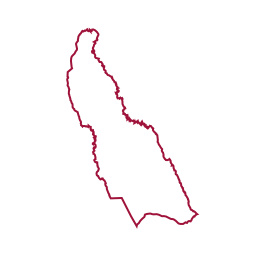 outline of Flores de Goiás, Goiás, Brazil, rotated 349°
{"feature_id": "56859067B75691575260014", "entity_name": "Flores de Goiás", "entity_type": "district", "adm_level": 2, "iso_a3": "BRA", "parent_name": "Brazil", "parent_adm1": "Goiás", "projection": "equal_earth", "projection_center": [-46.897, -14.586], "detail": "fine", "context": "isolated", "style": "outline", "palette": "rose", "viewbox_px": 256, "rotation_deg": 349, "n_neighbors": 0, "source": "geoboundaries", "source_scale": "gbopen_adm2", "svg_char_len": 5835}
<svg xmlns="http://www.w3.org/2000/svg" viewBox="0 0 256 256"><g transform="rotate(349 128 128)"><path d="M179.5,225.8L178.6,224.7L177.9,223.4L176.6,222.1L176.1,222.2L175.3,220.9L174.2,220.2L174.0,219.6L173.9,218.3L172.9,215.2L173.0,212.7L173.5,212.2L173.5,210.2L173.2,209.7L173.3,208.8L172.3,205.9L171.6,204.8L171.8,204.0L171.8,202.5L171.2,202.4L170.9,201.8L171.2,201.2L170.3,200.4L170.4,198.8L170.2,198.1L170.5,197.5L169.8,196.9L169.8,196.0L169.4,195.5L169.2,194.7L169.4,193.2L169.2,192.1L168.6,191.9L168.3,190.9L168.6,189.9L168.3,189.0L168.4,188.3L167.9,187.5L167.8,186.0L167.1,183.4L166.1,182.5L166.1,181.9L166.7,179.6L166.2,178.7L165.4,178.5L165.3,176.9L165.1,176.2L165.4,174.1L165.0,173.1L163.9,173.2L164.2,172.6L164.0,171.5L163.6,170.8L163.3,169.5L163.6,168.6L163.2,167.2L162.7,166.3L161.9,166.9L160.3,167.0L159.0,166.6L158.7,165.7L158.2,165.4L158.0,164.5L157.5,163.5L157.4,162.1L157.8,161.4L157.7,158.8L157.3,158.4L156.8,156.8L157.5,155.3L156.5,153.6L155.7,151.2L155.1,150.1L154.8,148.0L154.4,147.3L155.0,145.5L155.4,140.6L154.8,140.0L154.7,139.0L154.1,139.0L153.7,137.6L152.7,136.4L152.1,134.8L152.4,133.7L152.7,133.3L152.4,132.8L151.9,132.7L151.0,130.6L149.9,130.0L149.5,130.6L148.8,130.9L148.1,130.8L148.0,131.7L147.3,132.2L146.7,131.6L147.0,130.3L146.3,129.9L145.9,130.5L145.2,130.0L144.9,129.2L145.4,129.2L145.8,128.5L145.2,128.3L145.0,127.4L144.4,127.8L144.3,127.1L144.0,126.6L143.6,126.4L143.1,126.7L143.3,125.9L143.0,124.3L141.7,125.5L141.1,127.1L139.1,123.9L139.0,122.9L138.4,123.3L138.4,123.9L138.2,124.5L137.7,123.9L137.5,123.3L136.6,123.2L135.7,123.7L134.9,122.1L134.6,122.5L132.8,121.2L132.0,121.6L131.9,120.7L131.4,120.6L130.9,121.0L130.9,120.4L131.7,119.8L131.3,119.0L131.1,119.6L130.4,119.3L129.8,119.5L129.7,118.6L129.3,118.9L129.6,117.9L129.2,117.2L128.5,117.6L128.4,117.0L129.9,116.2L129.9,115.4L129.2,115.7L129.0,115.0L128.4,114.7L127.9,114.8L127.7,113.6L126.1,113.3L126.2,112.6L126.7,112.2L126.2,110.3L126.8,109.4L127.9,109.1L128.2,107.9L129.0,108.0L128.9,107.3L127.8,106.0L127.2,103.4L127.4,102.0L127.6,101.4L127.6,98.7L128.2,98.4L127.9,97.4L126.7,97.6L126.3,96.8L125.2,97.6L124.8,96.9L123.5,96.9L123.2,95.5L123.7,94.3L123.7,93.4L123.4,91.6L123.5,90.8L124.8,90.1L125.4,89.9L125.4,90.6L125.8,90.4L126.0,89.7L125.4,89.0L125.1,88.3L124.7,88.3L124.5,87.7L124.8,87.0L125.9,86.8L125.2,86.1L125.4,85.3L124.9,84.9L124.6,84.4L124.4,82.8L124.9,82.7L124.6,80.8L123.5,80.5L123.3,79.1L122.3,77.6L122.3,77.0L121.8,76.1L122.1,75.6L121.9,74.5L121.1,74.4L119.5,72.7L118.4,72.2L117.9,71.5L117.5,70.2L116.8,69.9L116.4,69.2L117.0,67.9L116.7,67.2L115.7,66.4L115.6,65.8L115.7,64.5L116.3,63.7L116.5,62.8L115.9,62.3L115.5,63.2L114.9,62.5L114.4,61.7L115.3,60.5L114.9,59.8L114.6,58.5L114.1,58.0L112.7,57.8L112.0,55.8L112.1,55.1L112.6,54.4L109.8,53.1L109.3,52.3L109.3,51.6L109.7,50.6L109.6,49.9L109.0,48.2L107.3,47.2L107.2,46.1L107.7,45.4L108.3,45.3L108.8,46.8L109.4,46.6L109.6,46.0L108.9,44.3L108.7,43.1L109.0,42.4L109.9,41.4L110.7,39.6L112.2,38.7L112.2,37.9L111.1,37.0L112.3,36.6L112.9,36.1L114.5,36.0L114.8,35.5L114.5,34.2L115.7,32.2L116.5,31.4L116.8,30.6L116.8,30.0L115.7,27.6L114.0,25.5L113.4,25.2L112.8,24.7L111.7,24.5L110.9,25.8L110.5,25.6L109.5,24.5L109.5,26.1L109.0,25.4L108.3,25.2L107.6,25.4L107.1,24.9L107.2,24.1L106.8,23.3L104.8,24.5L104.1,24.1L103.2,24.6L102.7,24.6L102.2,24.2L101.9,24.7L101.2,24.4L99.7,26.2L99.0,26.4L98.4,27.3L97.9,27.4L96.6,29.1L96.4,30.1L95.7,31.6L95.5,32.9L93.8,34.4L93.0,35.5L93.1,40.2L92.8,41.4L91.2,42.9L89.8,44.7L87.0,46.6L86.0,47.7L85.4,49.2L84.8,51.4L84.3,57.3L84.5,58.8L79.5,61.6L78.4,66.1L78.9,66.6L78.8,67.4L78.1,67.9L77.7,68.4L77.5,69.1L77.6,72.5L76.8,74.8L77.5,76.7L77.5,78.1L77.8,78.8L77.2,80.1L76.5,82.7L76.5,83.6L76.7,84.2L76.6,85.1L76.8,86.4L77.0,88.7L76.8,89.6L77.3,90.7L77.5,92.8L78.0,93.7L78.0,94.8L77.6,97.0L78.2,98.5L78.8,99.1L78.8,100.0L79.3,100.8L81.6,102.8L81.7,104.8L81.9,106.9L82.2,107.5L82.1,108.6L82.1,109.5L82.4,111.4L82.8,112.2L83.0,113.3L82.5,114.6L82.7,115.8L82.5,116.4L83.1,116.9L83.6,117.9L84.1,117.5L85.5,117.7L86.8,118.4L87.2,118.2L88.0,118.8L88.7,118.9L89.1,119.4L89.5,118.9L89.7,118.1L90.8,119.6L91.6,119.8L91.3,121.3L91.0,121.7L91.3,123.3L91.7,123.6L92.2,123.2L92.5,123.9L93.2,123.7L93.1,124.8L93.5,125.3L93.3,126.6L92.9,126.1L92.4,127.5L93.3,129.1L94.8,130.0L94.1,131.5L93.6,130.6L92.7,130.9L93.2,131.9L93.1,132.5L93.8,132.8L93.9,133.4L93.7,134.1L93.1,134.0L92.8,135.3L92.4,135.4L91.8,136.1L90.6,136.3L90.4,137.0L90.9,137.6L91.7,137.0L92.5,137.6L92.9,138.6L92.7,140.3L92.2,141.0L91.3,140.5L91.0,141.2L90.5,141.1L90.2,141.6L90.7,143.9L89.5,144.5L89.1,145.0L89.4,145.5L89.1,146.7L89.9,147.2L90.3,148.0L90.5,150.6L90.2,151.4L90.2,152.2L89.8,152.2L88.7,153.1L89.2,155.0L90.5,156.0L90.9,155.6L91.3,155.9L91.0,156.8L91.1,157.6L90.8,158.5L91.0,159.1L90.8,160.1L91.1,160.5L91.6,162.5L90.5,164.4L89.3,165.1L88.7,165.9L88.4,166.7L88.4,168.3L89.1,169.3L89.6,169.5L89.9,171.3L90.5,172.1L91.1,173.2L92.1,173.1L92.9,172.5L93.4,172.6L93.4,173.3L93.8,173.5L94.1,174.4L94.8,174.9L95.5,177.2L95.6,178.2L95.0,178.5L95.0,180.0L95.3,180.9L95.6,181.2L95.9,181.9L95.6,184.0L96.4,188.4L96.9,189.5L96.7,190.3L97.0,190.8L96.9,191.6L97.7,193.8L108.5,195.5L114.1,215.1L117.8,226.0L118.4,224.7L118.8,224.3L120.3,223.6L122.4,221.4L124.8,219.7L127.1,218.4L127.5,217.8L127.8,216.8L128.3,216.2L130.2,216.0L132.4,216.1L133.8,216.3L135.1,217.1L136.5,217.6L139.8,218.1L141.9,219.1L144.3,220.9L145.2,221.2L146.3,221.3L148.4,222.1L152.3,225.1L153.1,225.6L154.7,226.0L155.5,226.5L157.1,228.1L159.2,231.1L160.0,231.7L161.6,232.3L163.8,232.7L166.4,231.6L167.2,232.2L167.9,232.4L168.6,231.5L169.8,231.0L170.6,231.1L171.0,231.4L171.6,231.6L172.6,230.7L173.3,229.5L175.5,227.4L176.0,227.7L176.5,227.6L176.9,226.9L177.8,226.5L178.5,225.9L179.5,225.8ZM123.4,91.6L122.9,91.9L122.8,91.3L123.4,91.6ZM135.7,123.7L135.7,124.3L135.3,124.4L135.7,123.7Z" fill="none" stroke="#9f1239" stroke-width="2"/></g></svg>